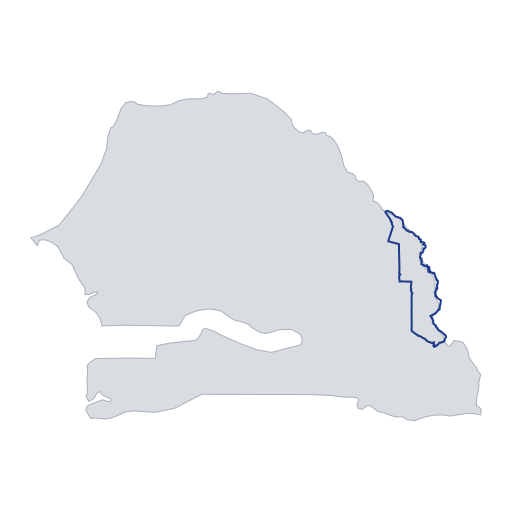 location of Bakel, Tambacounda, Senegal
{"feature_id": "50182788B16013842146029", "entity_name": "Bakel", "entity_type": "district", "adm_level": 2, "iso_a3": "SEN", "parent_name": "Senegal", "parent_adm1": "Tambacounda", "projection": "mercator", "projection_center": [-12.18, 14.211], "detail": "fine", "context": "in_parent", "style": "outline", "palette": "blue", "viewbox_px": 512, "rotation_deg": 0, "n_neighbors": 0, "source": "geoboundaries", "source_scale": "gbopen_adm2", "svg_char_len": 8703}
<svg xmlns="http://www.w3.org/2000/svg" viewBox="0 0 512 512"><path d="M415.5,233.7L422.4,245.9L420.9,251.7L419.3,260.2L423.2,266.4L427.8,270.4L431.1,274.1L434.7,279.3L435.2,289.4L434.6,296.8L436.9,300.1L438.9,304.3L438.5,307.7L437.2,310.8L432.8,314.9L432.1,322.5L439.2,331.7L443.8,336.7L443.7,339.6L445.0,342.7L448.4,346.4L450.5,345.5L452.7,342.5L453.8,340.5L459.9,341.4L462.8,342.3L466.7,348.3L468.2,352.3L469.1,357.4L473.2,363.6L476.8,368.0L477.5,370.8L480.7,374.5L478.7,382.8L478.9,387.0L476.8,398.1L476.3,403.4L476.4,405.3L481.3,409.2L480.8,414.9L475.8,413.9L467.3,413.2L450.1,416.1L444.2,414.9L433.0,415.3L424.9,416.9L414.7,420.6L406.8,419.7L402.6,416.8L396.9,417.0L390.6,415.5L383.8,412.7L377.7,411.3L371.0,406.2L367.9,405.3L365.7,406.6L363.9,408.3L362.0,409.4L358.3,408.4L357.0,405.0L358.1,401.6L358.5,399.1L356.8,397.7L352.7,397.2L346.1,397.2L335.6,396.2L333.1,395.5L309.4,394.6L284.9,394.5L264.0,394.5L237.8,394.3L219.3,394.3L202.0,394.2L188.7,401.0L174.3,408.4L154.9,412.3L132.6,410.9L125.5,411.9L118.1,415.2L112.7,417.6L105.0,419.0L95.1,417.9L91.0,418.6L88.6,415.2L85.7,409.7L87.5,405.8L93.5,403.2L102.7,399.8L107.4,401.5L110.2,401.6L110.7,399.5L109.8,398.3L103.0,395.4L99.4,391.5L96.5,393.8L93.9,398.5L91.8,399.9L88.7,401.3L86.9,398.1L86.2,394.9L87.6,392.5L86.9,378.9L87.7,371.7L87.3,365.3L91.6,361.2L95.7,358.6L111.6,358.3L126.4,358.1L140.7,358.2L155.3,358.4L156.8,345.7L161.4,344.7L168.3,343.4L181.1,341.8L195.4,340.4L198.5,337.9L200.9,333.7L202.4,329.9L205.3,328.3L209.3,329.6L214.6,331.5L220.0,334.6L226.3,337.4L230.4,339.2L240.4,343.7L257.5,349.9L271.5,352.4L288.5,347.9L300.8,344.9L302.3,339.5L300.4,334.2L291.3,329.3L278.9,329.8L275.0,331.1L269.3,332.8L265.8,333.4L259.9,332.3L252.5,328.0L247.8,323.8L241.3,321.8L233.5,319.8L221.1,311.0L214.6,309.5L208.5,309.0L196.7,310.8L185.1,315.4L179.1,326.0L167.5,325.9L143.0,325.5L120.6,325.2L102.0,326.0L100.1,318.3L95.7,312.1L88.6,306.9L87.0,302.0L89.4,297.8L96.3,294.3L97.9,291.8L94.3,292.2L88.8,294.4L85.2,294.5L84.8,287.8L78.7,279.1L71.9,264.4L64.1,258.4L57.6,246.4L50.9,241.9L44.6,239.7L39.3,240.2L37.4,245.6L30.7,237.8L39.8,235.0L59.2,225.1L81.4,196.9L101.4,163.4L104.0,155.5L106.4,149.5L108.0,135.8L110.9,127.6L113.6,126.1L116.9,119.8L121.0,108.8L125.7,102.7L130.8,101.5L134.9,102.0L137.7,104.3L146.2,105.7L160.1,106.2L170.9,104.6L178.6,100.8L188.6,98.8L201.0,98.8L207.5,97.2L208.1,94.0L209.8,93.1L212.3,94.3L214.8,93.8L217.1,91.6L219.4,91.4L221.6,93.4L232.0,93.9L250.5,93.2L267.6,99.0L283.3,111.3L291.4,119.5L291.9,123.6L294.5,127.8L299.2,131.9L303.5,132.7L307.4,130.1L310.5,130.4L312.7,133.6L317.2,134.2L322.2,132.2L325.7,132.9L326.4,134.8L327.2,135.8L329.6,136.3L332.8,138.7L337.4,145.2L341.1,154.4L343.9,166.0L347.7,172.4L352.4,173.4L355.1,175.8L355.7,178.6L357.0,180.5L359.3,181.5L363.3,180.9L367.9,184.8L372.9,193.4L373.7,197.2L372.9,199.3L373.2,200.8L376.5,202.3L379.7,205.1L382.2,209.3L387.8,213.0L396.3,216.3L402.4,221.1L406.1,227.6L413.9,233.1L415.5,233.7Z" fill="#d9dde1" stroke="#a8b0b8" stroke-width="1"/><path d="M444.3,341.2L444.2,341.1L444.3,340.7L445.3,338.1L445.9,337.4L446.0,337.1L446.0,336.4L445.8,335.7L445.5,335.2L444.9,334.9L444.0,334.3L443.5,333.4L443.3,333.2L442.3,332.7L442.0,332.5L441.7,332.3L441.0,331.3L439.6,330.9L439.1,330.4L438.2,329.9L438.0,329.5L438.0,329.1L437.9,328.8L437.3,328.0L436.9,327.7L436.2,327.4L436.1,326.8L436.2,326.2L436.1,325.8L435.2,325.3L434.5,324.5L434.4,324.2L433.4,323.4L433.2,323.1L433.1,322.7L433.2,322.0L433.3,321.3L433.0,320.0L432.5,319.5L432.5,318.9L432.4,318.7L431.8,318.2L431.8,317.9L431.6,317.5L431.0,317.0L430.6,316.0L431.0,316.0L431.2,315.9L431.5,315.4L431.9,315.2L432.2,315.2L432.3,315.0L432.5,315.1L432.8,314.9L433.1,314.8L433.3,314.5L433.8,314.4L434.4,313.9L434.6,313.8L434.8,313.6L435.3,313.6L435.7,313.2L435.8,313.0L435.8,312.7L436.8,312.0L437.0,311.6L437.3,311.4L437.7,310.7L437.7,310.4L437.8,310.3L438.6,310.1L438.6,309.8L438.8,309.4L439.5,309.3L439.7,309.2L439.5,308.4L439.7,308.0L439.7,307.0L439.9,306.5L439.9,305.7L440.2,305.2L440.4,303.6L441.0,300.5L437.5,298.0L437.2,297.7L436.9,297.6L436.8,297.4L436.9,297.2L436.7,297.0L436.7,296.8L436.5,296.5L436.0,296.1L435.8,296.3L435.6,296.2L435.4,296.0L435.3,295.8L435.3,295.4L435.6,295.0L435.8,294.9L435.7,294.6L435.6,294.0L435.4,293.5L435.1,293.1L434.9,292.7L435.5,292.4L435.5,291.9L435.4,291.1L435.5,291.0L435.9,290.8L436.0,290.5L436.5,290.0L436.2,289.1L436.2,288.6L436.3,288.4L436.5,288.2L436.9,288.1L437.3,288.2L437.2,286.2L437.0,285.9L436.9,285.5L437.2,284.4L437.5,283.9L437.7,283.7L437.8,283.1L437.7,282.5L437.9,281.0L437.8,280.7L437.3,280.6L436.8,280.3L436.8,279.3L436.8,279.2L436.6,279.1L436.1,278.7L435.5,277.0L435.2,275.9L434.7,274.7L434.3,273.4L434.2,273.5L434.1,273.2L433.8,273.4L433.6,273.3L433.8,273.3L433.7,273.2L433.8,273.2L433.6,273.0L433.1,273.1L432.8,273.0L432.7,273.1L432.5,272.8L432.0,272.5L431.9,272.5L431.6,272.3L431.1,272.5L430.5,272.4L430.3,272.0L430.2,272.0L430.1,271.9L429.4,271.9L429.2,271.8L429.1,271.6L428.8,271.7L428.7,271.8L428.6,271.6L428.8,271.5L428.8,271.4L428.6,271.5L428.5,271.3L428.5,271.2L428.7,271.3L429.0,271.2L429.2,270.8L429.1,270.6L429.4,270.4L429.1,270.2L428.9,270.3L428.8,270.2L428.6,270.2L428.6,270.4L428.5,270.1L428.3,269.7L428.5,269.6L428.6,269.4L428.7,269.5L428.6,269.8L428.8,269.9L428.8,269.7L429.0,269.8L429.0,269.6L428.9,269.6L429.2,269.6L429.1,269.9L429.5,269.6L429.4,269.4L429.2,269.4L429.1,269.0L428.7,268.9L428.5,268.6L428.7,268.4L428.7,268.2L428.8,268.1L429.1,268.1L429.2,267.9L429.3,267.5L429.2,267.1L428.8,266.7L428.6,266.6L428.2,266.6L427.9,266.8L427.5,267.2L427.3,267.0L427.1,266.9L426.8,266.7L426.7,266.2L427.0,265.6L426.9,265.2L426.6,265.3L426.7,265.6L426.5,265.8L426.1,265.6L425.9,265.6L425.8,265.8L425.7,265.9L424.7,265.9L424.1,265.6L424.1,265.4L423.8,265.1L423.7,264.7L423.5,264.8L423.3,264.7L423.1,264.7L422.9,265.0L422.6,264.9L422.4,264.8L421.8,264.4L421.5,264.3L421.5,263.7L421.4,262.9L421.6,262.6L422.2,261.9L422.3,261.6L422.2,261.4L421.8,260.9L421.1,260.3L421.1,260.2L421.1,259.8L421.6,258.8L421.6,258.7L421.4,258.4L420.2,257.9L420.0,257.6L420.0,256.6L420.6,255.2L420.3,253.5L420.5,253.1L420.9,252.8L421.7,252.9L422.0,253.0L422.5,252.8L422.6,252.6L422.5,252.1L422.8,251.4L423.5,250.6L423.5,248.5L423.7,248.3L424.6,248.3L424.9,248.2L425.2,247.9L425.5,247.2L425.6,246.5L425.6,245.9L425.5,245.5L425.2,245.2L424.6,245.0L423.4,244.8L423.2,244.6L423.2,244.3L423.3,244.1L423.9,243.9L424.3,243.6L424.5,243.4L424.5,242.9L424.2,242.7L423.8,242.9L423.6,242.9L423.3,242.7L422.8,242.1L421.4,242.2L420.8,241.9L420.6,241.4L420.9,240.7L420.9,240.2L420.8,239.7L420.3,239.2L420.1,239.1L419.4,239.1L419.1,239.0L418.7,236.9L415.7,235.9L415.2,235.5L413.6,233.6L413.1,232.9L412.6,232.4L412.0,232.1L411.6,232.0L410.8,232.0L410.4,232.0L410.1,232.0L409.3,231.7L409.0,231.7L408.2,231.0L407.9,230.8L407.4,230.9L407.2,230.8L406.4,230.0L405.7,229.5L404.5,228.1L404.1,227.8L403.2,227.3L403.2,226.9L403.4,226.3L403.5,225.6L403.2,224.9L402.8,221.1L402.5,220.2L402.0,219.6L401.7,219.1L401.1,218.8L400.8,218.4L400.0,217.8L399.1,217.7L398.6,217.4L395.7,216.6L393.7,214.6L393.3,214.3L392.3,213.1L391.3,212.5L389.8,211.9L387.9,210.8L387.6,210.8L387.1,210.8L386.5,211.0L386.0,211.4L385.9,212.0L385.9,212.4L385.8,212.6L385.7,212.6L387.3,215.1L390.2,219.2L390.5,219.9L390.5,220.4L391.0,220.8L390.9,221.0L391.3,221.5L391.1,221.7L391.1,221.9L391.6,222.0L392.0,223.5L391.9,223.7L392.0,224.2L392.0,224.5L392.7,226.0L393.1,226.4L392.3,228.6L391.6,230.8L388.5,240.3L388.3,241.3L398.9,244.1L399.5,269.7L399.2,273.7L400.3,274.2L400.3,274.6L399.6,275.0L399.2,276.3L399.2,278.6L399.6,280.3L399.6,281.5L401.0,281.4L411.4,281.7L411.4,282.8L411.2,283.7L411.3,284.3L411.2,284.7L411.2,285.2L410.8,286.0L410.9,286.8L410.9,288.5L411.1,288.7L410.9,289.1L410.9,289.3L411.2,289.8L410.9,290.4L411.0,290.7L411.3,291.1L411.3,291.6L411.4,292.0L412.0,292.6L412.4,293.2L412.3,293.5L412.0,294.3L411.6,294.7L411.7,306.4L411.6,308.6L411.6,310.9L411.6,316.4L411.7,319.7L411.6,330.8L413.0,332.0L418.1,335.7L418.3,335.5L418.7,335.6L419.4,336.1L419.7,336.0L420.5,336.5L421.4,336.8L421.7,337.2L424.0,338.5L425.1,338.8L425.5,339.2L425.7,339.9L425.9,340.2L426.3,340.6L427.0,340.7L427.1,340.9L427.7,341.3L428.2,341.8L428.8,341.8L429.4,342.2L429.8,342.1L430.7,342.4L431.2,342.8L431.5,342.8L431.9,343.2L432.2,343.2L432.4,343.0L432.9,342.8L433.8,342.2L434.0,342.2L434.0,342.3L433.9,342.6L433.9,343.2L433.7,343.4L433.8,344.0L434.0,344.4L433.8,345.1L433.4,345.5L433.7,345.9L433.7,346.4L433.8,346.6L434.7,346.8L435.0,346.7L435.5,346.0L435.6,345.6L435.8,345.6L436.5,345.7L436.7,345.3L437.1,345.3L437.7,344.6L438.0,344.5L438.3,344.2L438.7,343.7L438.9,343.2L439.3,342.7L439.9,342.6L440.6,342.8L441.2,342.5L441.4,342.2L442.2,342.2L443.0,341.9L443.6,341.5L444.0,341.4L444.3,341.2Z" fill="none" stroke="#1e3a8a" stroke-width="2"/></svg>